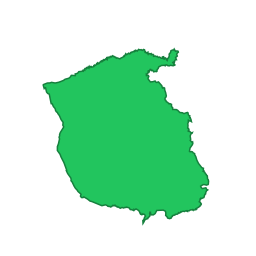 the district of Temanggung, Jawa Tengah, Indonesia, rotated 15°
{"feature_id": "22746128B37534287210764", "entity_name": "Temanggung", "entity_type": "district", "adm_level": 2, "iso_a3": "IDN", "parent_name": "Indonesia", "parent_adm1": "Jawa Tengah", "projection": "natural_earth1", "projection_center": [110.153, -7.24], "detail": "fine", "context": "isolated", "style": "filled", "palette": "green", "viewbox_px": 256, "rotation_deg": 15, "n_neighbors": 0, "source": "geoboundaries", "source_scale": "gbopen_adm2", "svg_char_len": 5781}
<svg xmlns="http://www.w3.org/2000/svg" viewBox="0 0 256 256"><g transform="rotate(15 128 128)"><path d="M38.5,105.4L35.0,108.0L35.1,108.7L36.8,111.5L37.1,110.7L37.9,110.4L40.0,114.3L41.5,115.4L43.2,115.7L47.3,124.0L47.6,124.4L48.2,124.1L48.6,124.3L50.4,126.6L52.6,128.1L53.6,130.0L54.8,131.0L55.7,131.2L56.6,132.3L58.5,133.8L61.2,137.2L63.9,139.4L64.3,142.1L65.5,143.4L65.5,144.2L63.8,149.9L63.6,151.9L64.0,153.3L63.8,154.7L64.7,156.3L64.9,161.3L64.6,164.2L65.6,168.0L69.2,171.0L70.9,173.4L75.0,177.9L79.2,183.9L79.8,185.0L79.5,185.2L81.5,187.6L85.6,191.0L86.3,192.1L86.6,193.7L88.1,194.7L90.9,198.0L93.0,200.0L94.5,200.8L96.2,202.3L99.4,203.9L99.8,204.3L99.7,206.1L101.0,207.2L102.5,206.9L103.2,206.0L107.3,207.1L110.2,208.4L112.2,208.4L122.9,209.8L126.2,208.0L128.7,208.5L128.8,208.8L130.3,208.7L130.9,208.4L131.6,208.8L132.7,208.0L133.1,206.8L134.0,206.9L134.4,206.3L135.2,206.1L135.5,206.5L135.9,206.1L136.3,206.6L137.3,206.6L137.8,207.1L138.4,207.1L138.6,206.7L141.3,207.5L142.8,206.3L144.5,206.4L145.7,205.4L146.5,205.4L146.9,204.8L147.4,204.8L149.7,204.8L151.3,206.2L153.1,205.9L155.0,206.3L155.4,205.3L155.2,205.1L155.8,205.1L156.7,204.1L158.7,204.6L160.3,205.4L161.8,207.3L162.4,207.2L162.5,208.0L163.8,208.2L164.6,207.6L164.6,207.2L165.1,207.4L165.6,207.1L166.4,207.3L167.7,208.6L167.1,209.9L167.0,212.4L166.3,213.5L167.2,216.2L167.8,214.2L167.8,212.3L168.3,212.3L169.1,211.3L170.6,210.4L170.6,209.5L171.8,207.7L171.5,205.7L171.0,205.0L171.0,203.6L171.5,203.6L171.5,204.3L172.1,204.8L172.4,206.0L175.0,205.3L176.4,203.6L177.1,200.2L183.3,198.2L185.3,198.6L186.0,199.2L186.7,200.9L187.0,202.7L188.8,203.7L189.5,204.7L191.6,204.8L193.0,203.9L192.9,203.1L193.8,201.9L193.6,201.4L194.3,200.6L195.8,200.0L196.0,199.2L198.2,198.3L198.8,196.7L199.4,197.0L200.6,196.0L200.6,195.5L201.0,195.6L201.4,195.0L202.9,194.1L204.1,194.1L205.4,192.9L206.3,192.6L206.5,193.2L207.1,193.2L206.9,192.6L208.6,192.1L209.4,191.0L211.5,190.3L212.1,190.6L212.1,190.1L212.5,190.3L214.7,189.3L214.4,188.6L215.2,188.5L215.0,188.0L217.1,185.7L217.8,184.8L217.7,184.1L218.5,183.2L218.4,182.3L217.9,182.2L217.3,181.2L215.9,180.8L216.2,179.9L216.1,178.1L216.4,178.0L216.1,177.6L216.5,176.9L217.5,176.9L219.3,175.5L219.4,172.2L220.0,171.7L219.8,169.9L220.1,168.3L221.0,167.2L219.8,166.9L218.7,165.6L215.4,167.3L213.8,166.3L213.2,165.4L215.1,163.3L216.9,162.8L218.4,162.9L219.9,162.0L220.1,161.5L219.6,158.5L218.8,157.1L218.0,156.6L217.0,153.7L216.1,153.4L215.7,152.6L214.6,152.1L213.6,150.9L211.8,150.3L212.4,149.7L211.4,148.7L211.3,147.4L209.5,147.2L205.3,144.0L202.8,141.2L200.9,138.1L199.3,136.5L199.0,135.5L197.3,135.1L196.5,134.4L195.6,134.3L194.1,134.9L193.4,134.6L193.1,131.3L194.5,127.4L194.6,126.0L194.0,124.7L193.6,125.2L191.3,123.9L191.5,122.8L190.1,119.6L190.4,117.1L191.2,116.6L191.3,115.9L190.7,116.4L188.2,115.3L187.1,115.6L186.9,115.0L187.4,114.0L186.6,113.3L186.6,112.8L185.7,112.7L185.3,110.0L184.6,108.4L184.8,106.4L184.4,105.8L184.3,104.9L185.2,105.4L186.2,105.0L187.6,105.4L186.4,103.1L185.4,102.4L185.4,101.8L184.7,101.7L184.5,100.2L183.6,100.2L182.8,99.5L182.0,97.8L181.3,97.6L178.3,99.6L176.6,99.2L174.0,99.6L171.3,98.0L169.9,97.7L166.4,98.5L165.8,96.7L164.5,96.1L163.9,93.9L162.0,93.6L161.5,94.1L159.5,92.9L158.2,92.7L157.4,91.5L156.5,91.2L156.0,89.6L156.6,88.5L156.7,87.1L155.2,84.1L153.7,81.9L153.0,80.0L152.1,79.7L151.7,80.3L151.0,80.5L149.6,78.3L145.5,75.6L143.8,76.6L142.9,76.4L142.0,75.6L139.9,76.9L137.7,77.7L134.8,75.5L134.4,74.5L134.8,72.9L134.1,72.0L132.2,72.6L131.8,71.2L132.2,71.3L133.0,70.1L132.8,67.5L133.1,67.4L133.5,68.8L133.8,68.8L134.2,65.7L134.9,65.5L135.8,66.5L136.9,65.9L138.3,67.1L139.7,66.3L140.9,66.2L141.3,65.7L141.0,64.3L141.7,62.8L141.9,61.0L144.2,58.9L147.3,57.9L147.8,58.3L148.4,57.2L148.9,57.0L150.3,57.5L151.8,57.3L152.9,56.4L155.5,56.2L157.0,55.1L156.9,54.8L155.8,54.7L155.8,52.7L154.8,53.5L154.3,53.1L155.4,51.9L156.1,49.8L157.1,49.5L155.7,47.6L157.0,45.8L155.9,44.0L156.1,43.1L157.0,41.7L156.5,40.9L155.3,40.9L154.0,41.6L152.2,39.8L152.0,40.8L150.9,41.1L149.5,42.2L149.5,44.4L148.8,45.3L148.7,46.2L149.2,47.6L149.1,48.9L148.7,50.2L147.8,51.2L148.5,52.0L148.4,52.7L147.5,52.1L146.2,50.6L145.6,50.7L145.2,52.0L144.7,51.9L143.9,49.9L142.9,50.4L143.1,50.8L143.7,50.8L143.6,51.6L143.0,51.2L142.8,51.8L142.1,52.0L140.1,51.3L139.0,52.0L137.8,51.2L136.8,51.7L135.7,51.4L134.4,52.2L134.0,52.0L134.0,51.0L133.0,50.4L131.6,51.2L131.1,50.1L129.9,50.8L128.8,50.5L128.4,51.6L127.4,50.4L127.4,49.8L126.3,50.8L125.6,50.4L125.0,50.5L125.0,49.5L124.0,49.3L123.7,48.2L122.7,48.1L121.6,49.4L120.4,48.9L119.4,49.5L117.9,49.3L117.0,51.3L116.2,51.0L115.6,51.5L115.3,51.1L114.7,52.2L114.4,51.7L112.9,53.4L112.3,53.4L111.7,54.0L111.8,54.3L110.9,54.5L110.7,55.8L109.9,56.0L109.2,55.6L107.8,57.5L106.6,56.8L106.3,58.5L105.6,59.1L106.0,59.8L105.1,60.1L104.8,60.9L102.9,62.4L102.3,63.3L99.3,63.1L98.7,63.6L97.8,62.8L97.3,63.1L96.7,62.7L95.5,62.8L95.4,62.4L94.8,62.7L94.4,62.3L93.5,63.6L93.1,63.2L92.4,63.5L92.2,64.8L91.6,65.0L91.2,64.6L90.9,65.2L89.9,65.1L89.6,65.8L90.1,66.2L90.2,66.9L89.2,66.1L89.2,67.3L88.5,67.1L87.9,68.4L87.0,68.1L86.6,68.6L87.1,68.6L87.1,69.1L86.3,69.8L85.6,69.8L85.6,70.8L85.0,70.9L84.7,70.4L84.2,70.9L83.5,73.1L83.0,73.4L82.5,73.0L82.3,73.3L82.6,73.7L82.1,74.1L81.6,73.8L81.5,73.3L81.0,74.0L81.2,74.6L80.2,76.0L79.4,75.8L78.8,76.6L79.2,77.4L77.2,78.7L76.6,78.1L75.9,78.5L75.6,79.3L75.3,79.2L75.5,78.8L75.4,78.6L75.0,78.9L74.7,78.6L74.7,80.2L73.9,79.6L73.9,80.2L73.3,80.2L72.8,80.9L72.5,80.3L72.2,80.6L72.4,81.2L72.2,81.7L71.1,81.7L70.7,82.7L71.1,83.3L70.8,83.3L70.3,84.3L69.8,84.0L69.8,84.8L69.1,84.7L68.8,85.2L65.9,86.3L65.1,88.2L63.0,89.5L63.4,90.2L63.4,91.1L59.9,91.7L59.5,92.0L59.4,92.9L58.6,94.5L57.7,95.4L54.6,97.2L53.3,98.8L49.5,101.6L46.0,103.4L42.3,103.7L40.9,104.7L38.5,105.4Z" fill="#22c55e" stroke="#15803d" stroke-width="1.5"/></g></svg>